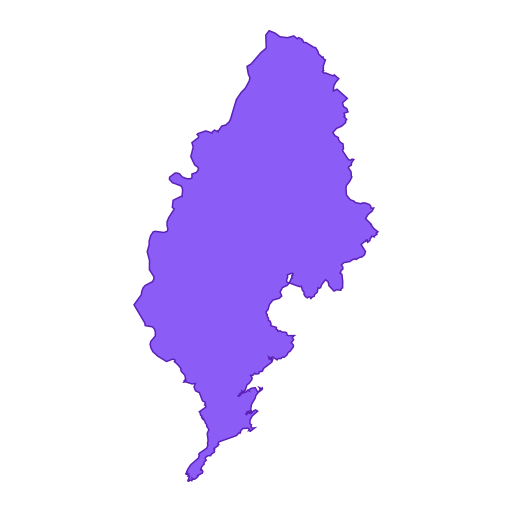 the district of New Ross Lea-6, Wexford, Ireland
{"feature_id": "5873133B16930759140678", "entity_name": "New Ross Lea-6", "entity_type": "district", "adm_level": 2, "iso_a3": "IRL", "parent_name": "Ireland", "parent_adm1": "Wexford", "projection": "orthographic", "projection_center": [-6.826, 52.344], "detail": "fine", "context": "isolated", "style": "filled", "palette": "violet", "viewbox_px": 512, "rotation_deg": 0, "n_neighbors": 0, "source": "geoboundaries", "source_scale": "gbopen_adm2", "svg_char_len": 6086}
<svg xmlns="http://www.w3.org/2000/svg" viewBox="0 0 512 512"><path d="M145.2,325.6L152.6,326.9L154.5,329.2L155.3,331.7L155.3,336.0L150.8,341.4L150.1,344.2L150.9,347.9L152.8,351.6L157.6,356.0L166.5,361.5L172.8,359.1L174.8,359.8L175.1,360.8L173.9,362.0L174.6,361.7L178.5,365.4L181.0,368.7L180.7,369.4L181.3,371.4L184.9,375.3L185.7,379.7L185.3,379.4L184.6,380.6L183.8,380.2L184.6,381.0L183.8,382.1L185.8,381.9L191.9,383.9L194.9,383.6L194.4,384.1L194.9,385.1L194.0,386.9L195.5,390.8L199.4,392.7L202.5,400.8L205.2,402.2L204.9,403.1L205.4,404.0L204.6,405.0L205.5,405.3L205.9,407.0L199.3,411.8L200.0,412.4L200.6,415.2L201.8,416.0L201.5,417.1L203.3,418.4L202.5,418.8L205.1,421.2L205.2,422.8L206.7,424.6L206.7,426.3L208.9,429.5L207.2,433.5L208.1,440.5L207.5,443.3L207.8,445.4L206.7,448.2L199.4,453.2L198.8,454.2L199.2,455.5L198.5,458.0L190.6,464.9L188.1,468.8L186.8,471.3L186.6,473.1L185.8,473.5L186.1,474.1L186.9,473.4L186.6,474.3L188.6,474.1L188.2,474.9L188.7,475.5L188.2,475.9L188.9,476.1L188.5,476.4L189.0,476.6L188.9,478.0L187.8,480.8L188.8,481.3L189.9,480.0L191.8,480.7L192.5,479.3L192.2,478.4L193.5,479.3L195.1,479.0L197.6,476.9L198.4,475.5L197.9,475.3L202.3,473.1L202.8,471.9L202.5,470.6L201.5,469.6L201.5,470.0L200.7,470.0L200.7,469.6L201.3,469.6L200.9,468.8L202.1,466.1L204.1,464.2L204.0,462.3L206.3,460.2L205.2,458.6L205.4,457.6L208.1,455.6L210.6,455.7L211.5,454.1L214.1,452.3L214.6,451.4L214.0,449.9L214.7,449.3L214.1,448.5L217.9,445.8L217.7,445.2L218.8,444.5L218.1,443.2L218.8,441.9L236.6,435.5L238.7,433.0L240.1,433.2L240.7,431.7L240.4,431.0L242.9,428.5L248.2,428.2L249.3,429.2L248.6,430.5L249.7,430.2L250.0,430.6L249.6,430.9L250.3,431.3L254.7,427.9L252.7,428.2L251.0,427.2L251.5,424.8L249.9,423.7L250.1,419.8L252.3,415.9L257.6,411.2L255.7,409.9L253.8,410.7L251.1,413.5L249.5,413.2L248.8,412.3L246.4,414.6L245.9,413.8L247.1,413.6L247.2,412.7L247.7,413.3L248.2,412.6L248.7,412.2L249.3,412.2L248.1,411.9L247.7,412.6L247.0,412.3L246.5,411.2L247.2,412.2L248.4,411.8L249.5,411.7L249.7,412.9L250.4,412.2L249.7,411.0L250.5,411.1L250.9,411.5L249.9,411.2L250.8,413.2L251.9,412.1L250.7,409.3L251.5,404.4L255.2,398.1L255.7,395.8L258.2,392.4L262.0,389.6L262.5,388.6L262.2,387.9L261.6,388.7L259.2,387.5L260.3,389.4L257.9,392.4L255.2,387.7L251.3,388.3L248.5,390.0L249.0,390.8L247.7,390.1L246.1,392.0L241.9,393.2L239.4,396.2L237.3,395.9L238.9,395.9L239.6,393.8L242.2,392.0L241.9,390.9L243.3,391.7L245.1,390.5L247.0,384.7L249.0,383.4L251.9,379.5L252.1,377.5L250.6,375.5L253.1,375.1L254.8,373.2L255.9,374.1L258.9,373.6L259.2,371.9L262.3,371.3L263.8,368.2L271.8,362.1L272.9,359.2L272.0,358.5L271.5,359.3L272.1,359.3L272.3,359.7L271.7,359.8L272.0,361.3L271.3,359.8L269.1,358.9L268.6,356.9L270.2,358.2L272.6,356.9L277.1,359.9L278.1,358.6L280.9,358.6L282.2,357.2L284.3,357.2L286.9,355.0L288.3,352.2L290.0,351.4L293.3,347.0L293.5,345.6L292.9,344.4L291.2,342.7L293.6,339.8L292.3,337.3L294.3,335.6L288.3,335.6L287.2,335.1L286.6,332.8L285.3,332.2L282.3,332.1L280.1,330.8L278.1,331.4L277.7,329.9L276.2,329.2L276.4,327.4L271.0,325.8L270.6,324.8L271.1,324.2L270.2,321.2L268.5,320.5L268.5,318.4L267.2,316.2L267.3,314.5L266.4,313.8L266.1,311.9L268.0,309.7L269.4,304.6L272.8,300.1L279.2,298.3L281.7,296.1L280.1,292.0L282.4,287.6L287.2,285.4L289.3,282.9L299.6,286.7L301.4,286.3L302.2,289.7L304.1,292.4L304.0,294.3L305.3,296.5L307.3,297.9L309.2,296.8L310.4,297.2L310.8,298.2L310.4,299.1L312.3,297.0L314.2,296.3L314.7,294.4L317.3,292.1L318.0,287.8L319.2,288.3L320.6,287.6L321.7,284.5L325.5,279.8L328.1,281.7L329.0,285.8L334.0,291.1L336.8,289.7L340.8,290.3L341.3,288.5L342.6,287.9L342.7,281.5L342.0,274.5L340.1,273.1L340.6,272.9L341.0,270.7L342.9,269.0L342.8,267.2L341.4,264.9L343.9,262.6L350.0,261.5L352.4,259.7L355.3,258.9L356.1,259.5L359.5,257.4L362.1,256.9L364.6,254.6L365.5,251.6L361.1,244.5L364.4,241.7L365.8,241.4L365.8,240.4L367.2,239.9L367.7,242.2L368.6,241.6L369.9,240.5L370.1,238.5L371.0,237.9L371.7,236.2L374.3,236.9L374.2,236.1L377.0,234.3L376.3,233.0L378.0,231.8L373.7,228.4L370.9,224.6L371.3,224.3L365.6,218.6L368.2,214.3L372.1,211.1L373.7,208.0L371.1,208.2L370.6,205.9L369.3,204.5L365.4,203.0L362.5,202.9L361.0,203.7L355.3,202.6L354.0,201.1L350.2,199.7L346.4,194.9L346.0,187.8L346.4,185.6L349.9,181.0L351.9,176.9L351.4,176.3L351.0,171.6L348.4,167.9L349.0,166.6L351.3,165.2L351.6,162.6L353.8,159.5L352.0,159.1L350.6,160.2L348.5,159.7L342.7,151.0L342.7,149.7L343.5,148.9L343.0,143.9L340.1,142.1L338.5,139.6L338.4,137.6L334.8,135.6L332.9,132.5L336.6,128.3L341.5,126.3L345.6,122.6L345.7,120.5L346.7,119.5L344.0,116.5L344.9,115.9L344.0,113.2L348.0,111.9L346.8,108.6L343.5,106.5L342.5,102.8L347.3,98.4L337.0,89.2L333.4,91.0L333.8,86.0L335.7,82.3L338.8,78.7L334.3,74.9L334.0,75.8L331.2,75.2L325.4,72.9L324.3,73.3L322.5,71.7L323.7,70.6L323.2,70.1L323.4,65.8L325.4,59.9L323.2,58.6L323.1,57.0L322.0,57.2L318.5,53.8L317.9,51.3L315.6,47.6L314.1,47.5L306.1,42.6L303.4,42.3L302.8,40.2L301.8,39.9L301.9,39.1L298.5,37.6L297.2,38.8L293.8,35.9L287.5,37.7L280.0,36.8L274.9,33.0L269.1,30.7L265.8,35.0L266.2,47.5L265.6,48.7L261.1,52.4L251.1,64.0L247.0,66.4L248.3,74.0L249.8,77.5L249.4,80.6L245.4,88.1L241.1,92.5L236.4,99.5L230.6,118.9L229.2,121.8L225.9,124.9L221.7,126.1L218.7,130.5L217.8,130.7L217.9,131.8L214.5,130.1L212.3,131.9L212.1,133.0L205.8,130.9L197.9,133.6L197.1,134.4L198.6,136.1L198.4,137.6L191.9,142.6L193.2,147.1L190.8,156.7L194.7,164.9L197.9,167.3L198.4,168.8L197.9,170.4L196.3,172.5L191.9,174.0L192.0,177.6L191.0,178.6L187.2,178.8L182.3,177.0L179.4,173.7L176.6,173.0L175.1,173.0L169.6,177.2L169.4,179.3L172.4,182.7L180.8,185.8L182.2,187.6L182.6,190.4L182.0,196.6L181.4,196.2L173.1,200.3L172.3,207.4L174.3,209.0L168.8,217.5L167.1,221.5L167.0,225.4L167.9,229.2L167.2,231.3L163.9,232.5L155.1,231.3L153.2,231.9L150.7,235.5L149.1,241.0L149.2,244.7L147.2,251.7L149.5,260.4L149.4,269.7L154.0,276.8L153.8,279.2L152.5,281.6L145.1,285.5L143.1,287.9L141.6,292.0L141.4,294.6L134.0,304.8L144.8,323.0L145.2,325.6ZM289.3,282.9L287.0,282.2L286.5,280.3L287.7,277.1L287.3,274.9L291.4,273.3L292.9,273.5L292.8,275.5L291.8,275.5L292.0,278.2L291.4,278.1L289.3,282.9Z" fill="#8b5cf6" stroke="#5b21b6" stroke-width="1.5"/></svg>